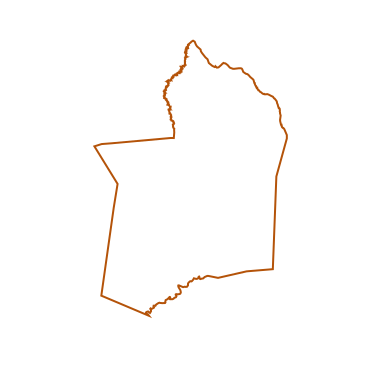 outline of Siavonga, Southern, Zambia, rotated 298°
{"feature_id": "96606910B78484131600253", "entity_name": "Siavonga", "entity_type": "district", "adm_level": 2, "iso_a3": "ZMB", "parent_name": "Zambia", "parent_adm1": "Southern", "projection": "natural_earth1", "projection_center": [28.625, -16.409], "detail": "fine", "context": "isolated", "style": "outline", "palette": "amber", "viewbox_px": 384, "rotation_deg": 298, "n_neighbors": 0, "source": "geoboundaries", "source_scale": "gbopen_adm2", "svg_char_len": 5996}
<svg xmlns="http://www.w3.org/2000/svg" viewBox="0 0 384 384"><g transform="rotate(298 192 192)"><path d="M57.9,160.6L62.5,212.2L63.2,210.7L63.3,208.7L63.4,208.3L63.8,208.0L64.3,208.0L65.0,208.4L65.9,209.3L65.5,211.3L65.5,211.7L67.5,211.8L68.3,211.3L69.3,210.0L69.8,210.1L69.7,211.0L70.0,211.4L71.8,212.6L72.1,212.7L72.7,211.8L73.6,211.5L74.0,212.2L74.3,213.1L74.6,213.2L75.0,213.0L76.0,213.3L78.2,214.5L79.0,215.3L79.1,216.0L79.9,217.9L81.3,220.3L82.0,220.4L82.6,219.9L84.2,219.5L85.9,220.7L88.8,221.5L88.9,222.0L88.6,222.3L88.4,222.3L88.2,221.7L87.4,222.0L87.0,222.5L87.0,223.0L87.3,223.4L88.2,225.1L89.1,225.8L90.3,226.1L91.5,227.2L92.7,227.2L93.1,226.8L93.6,225.8L94.0,225.7L94.4,226.0L95.0,227.5L96.2,229.1L96.9,229.4L98.0,229.3L99.0,228.6L100.0,227.6L101.5,225.0L102.6,223.9L103.1,223.8L103.4,224.3L103.8,228.8L105.0,230.1L105.1,230.7L105.9,232.0L107.6,232.3L109.2,231.5L110.3,231.5L112.2,232.2L112.5,232.5L112.8,233.5L113.1,233.7L115.1,234.2L116.7,234.2L117.2,236.5L118.1,237.6L118.8,237.9L120.3,237.7L120.7,238.0L120.3,238.6L119.3,239.3L119.0,240.0L119.1,240.4L120.0,241.2L120.9,242.4L122.9,243.1L125.1,244.9L125.6,245.9L128.4,255.3L147.6,277.5L161.8,299.6L245.3,259.2L283.8,250.6L286.8,249.0L290.9,243.9L291.4,242.6L291.2,242.4L291.5,241.1L292.9,239.9L292.6,239.8L293.1,239.1L295.8,236.7L297.0,235.9L301.1,234.4L302.9,232.7L303.7,232.3L304.4,231.6L305.1,231.4L306.6,230.4L306.8,230.0L306.7,229.4L307.1,229.2L307.2,229.3L307.3,229.1L307.2,228.8L308.4,227.5L309.4,226.7L310.3,225.5L311.8,224.3L312.7,222.5L313.3,221.0L313.2,220.6L314.1,218.7L314.0,216.7L314.0,214.1L313.8,212.6L312.5,210.6L312.5,209.7L312.2,209.6L312.0,208.2L312.5,205.9L312.4,205.2L313.2,203.2L313.0,202.7L313.5,202.3L314.0,200.7L314.4,200.6L314.2,200.3L314.5,199.9L314.8,199.5L315.0,199.7L315.7,198.7L315.7,198.2L316.7,196.9L317.1,196.7L317.3,196.2L317.6,196.2L317.6,195.8L319.8,193.7L320.1,193.0L320.9,189.4L321.7,187.4L322.1,185.7L321.7,183.9L322.1,180.9L323.9,178.8L324.3,178.0L324.2,177.1L323.4,175.5L320.7,171.6L320.0,170.3L319.6,167.4L319.7,166.7L320.8,163.9L321.2,161.4L321.1,160.5L320.6,159.7L320.7,159.2L319.8,158.7L317.9,158.2L314.5,156.9L313.5,155.6L314.0,153.8L313.4,153.9L313.0,153.5L312.9,150.7L313.8,146.3L316.5,143.4L317.2,140.6L319.4,135.6L320.4,133.8L321.8,132.7L322.9,128.1L323.9,126.3L326.0,123.8L326.1,121.9L324.4,120.9L323.5,120.7L320.7,119.5L320.4,120.0L319.9,119.4L318.6,120.1L318.4,119.7L317.7,119.4L317.8,120.3L317.1,121.1L316.6,120.8L316.3,120.1L316.1,120.1L316.1,119.9L316.5,120.0L316.3,119.6L316.1,119.4L315.5,119.4L315.6,119.7L315.2,119.7L315.1,120.2L314.9,120.4L313.7,120.3L313.7,120.6L313.4,120.4L313.1,120.9L312.7,120.9L312.3,121.6L311.9,120.9L312.2,120.2L311.8,120.3L311.7,120.7L311.4,121.0L311.7,121.4L310.7,122.0L310.0,122.6L309.7,122.6L309.7,123.2L309.6,122.9L309.2,123.1L309.2,123.5L308.6,123.5L308.7,123.9L308.1,123.4L308.3,122.7L307.6,122.8L307.2,123.2L306.9,123.0L306.3,123.8L305.0,123.8L304.1,124.6L303.4,124.6L303.1,125.0L301.3,126.0L301.1,126.3L301.4,126.3L301.2,126.6L300.8,126.2L300.9,125.7L300.4,125.8L300.0,126.3L299.7,126.3L299.4,125.6L299.3,125.9L299.1,126.0L298.9,125.2L298.3,124.8L298.0,124.4L297.6,124.6L297.5,124.1L297.2,124.6L297.0,124.0L296.8,124.4L297.0,124.9L296.6,125.0L296.1,124.9L296.0,125.6L295.8,125.5L295.7,125.2L295.0,125.3L294.8,124.9L294.5,124.9L294.4,124.7L294.6,124.4L294.4,124.4L294.2,124.6L294.2,125.0L293.7,125.4L293.6,125.6L293.8,125.7L293.5,126.0L293.3,125.5L292.8,125.7L292.8,125.4L292.5,125.4L292.6,125.0L292.8,125.1L292.6,124.7L292.2,125.2L291.8,125.2L291.7,125.0L291.9,124.9L291.8,124.3L291.5,124.4L291.2,124.2L291.0,124.4L290.9,123.7L290.8,124.0L290.5,123.3L289.8,123.1L289.5,123.7L289.0,123.8L288.6,123.5L288.1,123.5L288.0,123.1L287.9,123.7L287.7,123.6L287.5,122.8L287.6,122.7L287.8,123.1L287.9,122.8L287.4,122.4L287.6,122.1L287.2,122.1L287.1,121.5L286.7,121.4L286.0,121.4L286.0,121.1L285.5,120.9L285.0,121.1L284.6,121.6L284.2,121.3L283.7,121.4L283.7,121.2L284.2,120.8L283.3,120.8L283.3,120.5L282.3,120.8L281.7,120.5L281.2,121.0L281.2,120.7L280.6,120.7L280.8,120.3L280.1,120.0L279.8,119.5L279.4,119.3L279.0,119.4L279.0,118.8L278.8,118.6L279.1,118.4L278.5,118.1L278.7,118.5L278.4,118.8L278.3,118.6L278.1,118.6L278.2,118.4L277.9,118.4L278.1,118.9L277.8,119.3L277.4,119.4L277.3,119.9L277.0,119.6L276.5,120.1L276.5,120.4L276.1,120.5L275.7,120.8L275.4,120.7L275.2,121.1L274.2,120.9L274.5,120.6L274.2,120.4L273.7,120.4L273.7,120.0L273.1,119.6L272.9,119.9L272.2,119.9L271.9,120.3L271.4,120.0L270.8,120.2L269.9,121.2L269.4,121.0L268.8,120.2L268.8,119.9L268.6,119.9L268.6,120.7L268.0,120.4L267.9,120.6L267.4,120.8L267.3,121.1L267.2,120.8L267.1,121.0L267.2,121.4L267.1,121.7L266.5,121.6L266.2,122.2L265.2,122.5L265.3,121.7L264.2,122.3L263.8,122.1L263.6,122.4L263.4,122.3L263.2,122.9L262.2,123.1L262.1,123.8L262.4,123.9L262.3,124.1L262.0,124.0L262.2,124.9L262.1,125.5L261.9,125.4L261.5,126.2L261.1,126.2L261.0,126.5L261.2,126.4L261.3,126.6L261.1,126.9L260.9,127.0L260.7,127.5L260.6,127.2L260.5,127.5L260.2,127.6L259.7,128.3L259.8,128.7L259.6,129.0L259.1,129.1L259.0,128.9L258.7,129.2L258.9,129.4L258.6,129.7L257.9,129.5L257.9,130.4L258.1,130.4L258.0,130.2L258.3,130.3L258.0,130.6L257.7,130.6L257.7,131.2L257.1,132.3L256.9,132.4L256.7,132.6L257.0,133.0L256.3,133.1L256.1,133.6L255.2,133.6L255.0,133.1L254.8,132.7L254.8,133.5L254.7,133.9L254.2,132.9L253.6,133.5L253.3,133.1L252.9,133.9L252.3,134.1L251.3,135.5L251.0,135.3L251.2,135.0L250.6,135.3L250.8,136.0L251.1,135.8L251.1,136.1L250.3,136.9L250.2,137.4L249.7,137.7L249.4,137.7L248.6,137.8L248.6,138.3L248.8,138.4L248.5,138.7L247.7,138.5L247.5,138.8L247.0,138.8L246.6,139.3L246.3,139.2L245.9,139.2L245.8,140.1L245.4,140.4L245.8,141.4L245.8,141.8L245.6,141.8L245.2,142.2L245.2,142.7L245.0,142.9L245.1,143.1L244.8,143.4L244.7,143.1L243.5,144.0L242.6,143.4L242.3,143.5L241.7,144.2L240.7,144.6L240.7,144.8L239.9,145.5L239.5,146.7L238.7,146.9L236.2,148.4L231.1,150.6L229.8,148.0L197.3,98.2L191.9,89.7L186.5,84.4L164.2,122.5L141.3,130.3L57.9,160.6Z" fill="none" stroke="#b45309" stroke-width="2"/></g></svg>